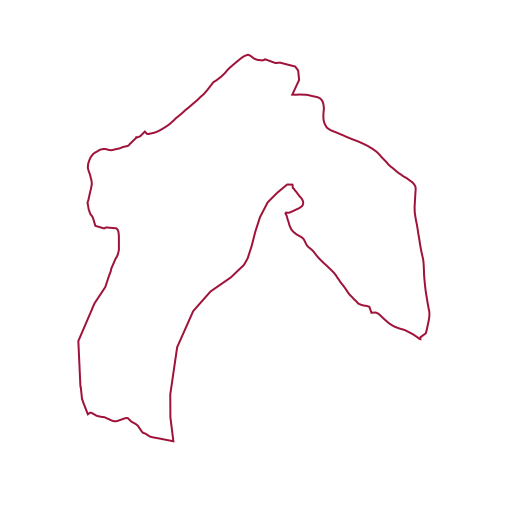 outline of Boguis, Dauphin, Saint Lucia, rotated 190°
{"feature_id": "8701671B63256124601591", "entity_name": "Boguis", "entity_type": "district", "adm_level": 2, "iso_a3": "LCA", "parent_name": "Saint Lucia", "parent_adm1": "Dauphin", "projection": "natural_earth1", "projection_center": [-60.922, 14.016], "detail": "fine", "context": "isolated", "style": "outline", "palette": "rose", "viewbox_px": 512, "rotation_deg": 190, "n_neighbors": 0, "source": "geoboundaries", "source_scale": "gbopen_adm2", "svg_char_len": 6064}
<svg xmlns="http://www.w3.org/2000/svg" viewBox="0 0 512 512"><g transform="rotate(190 256 256)"><path d="M79.7,202.7L80.0,204.5L75.4,209.3L75.2,210.9L75.0,213.3L74.7,223.1L74.8,226.0L75.0,228.1L75.6,231.1L77.1,234.9L78.7,239.2L80.8,245.2L81.7,247.6L82.7,250.6L84.2,255.5L86.3,263.1L87.1,266.2L88.0,270.4L89.0,275.0L90.1,279.4L90.5,280.7L91.0,282.2L93.8,288.8L96.3,295.5L98.0,300.6L100.0,306.0L101.6,310.9L103.0,314.8L104.6,318.8L105.9,322.4L107.3,326.7L108.3,331.6L108.9,336.7L109.5,341.6L110.0,346.1L110.1,347.3L110.3,349.0L110.5,350.1L110.6,350.7L111.0,351.7L111.2,352.2L111.5,352.6L112.6,353.9L113.8,354.9L114.6,355.6L115.0,355.9L116.0,356.2L117.0,356.8L120.8,358.6L121.3,358.9L122.4,359.3L123.4,359.5L123.9,359.7L125.4,360.4L125.9,360.6L127.8,361.6L129.2,362.1L132.3,363.7L133.2,364.3L137.3,366.7L138.5,367.2L138.9,367.5L139.9,368.1L140.8,368.6L142.4,369.8L142.9,370.3L143.9,371.2L145.8,372.5L146.6,373.1L149.4,375.1L149.8,375.4L150.2,375.7L151.4,376.8L153.1,378.0L154.3,378.9L156.0,379.9L159.3,381.5L160.9,382.2L162.7,382.8L164.0,383.4L165.0,383.8L166.6,384.2L167.8,384.6L170.3,385.3L175.9,386.7L180.5,387.5L186.4,388.8L189.1,389.4L191.2,390.0L193.1,390.4L194.6,390.7L197.8,391.5L201.4,392.2L201.8,392.3L202.3,392.4L202.8,392.5L204.5,392.9L205.0,393.1L207.0,394.0L207.9,394.4L208.8,395.0L210.3,396.8L210.9,397.6L211.9,399.1L212.5,400.4L213.1,401.7L213.2,402.1L213.9,405.1L214.2,407.3L214.4,408.8L214.5,410.3L214.6,411.3L214.6,411.7L214.8,413.3L215.0,414.2L215.2,414.8L215.7,416.3L216.2,417.7L216.8,419.0L217.4,419.8L218.0,420.5L218.3,420.9L219.7,422.0L220.1,422.2L220.5,422.4L221.9,422.8L223.2,423.1L224.2,423.2L227.2,423.2L232.0,423.5L233.7,423.5L234.6,423.5L241.1,422.6L242.9,422.2L244.4,421.8L248.3,421.2L244.1,436.9L246.7,446.0L250.3,449.4L259.7,450.1L266.0,450.6L270.3,449.4L281.2,451.3L281.4,450.9L283.4,449.9L283.7,449.7L288.8,449.4L292.2,450.1L293.3,450.7L296.5,452.3L298.9,452.8L301.9,451.1L304.1,449.1L305.7,447.4L311.5,440.6L313.6,438.0L314.8,436.5L315.9,435.0L317.4,432.5L318.6,430.4L319.7,428.9L321.2,426.9L325.3,422.3L327.4,420.5L328.3,419.5L328.6,419.1L329.6,416.9L331.2,414.0L332.7,411.1L335.8,406.0L337.7,403.7L338.3,403.0L339.5,401.2L341.3,398.8L344.4,395.1L348.3,390.3L350.6,387.8L352.1,385.8L354.0,383.3L359.0,377.5L359.7,376.5L360.5,375.3L362.0,373.4L364.6,370.2L367.6,367.3L370.1,365.1L371.5,363.9L374.3,361.7L375.9,360.7L377.5,359.8L378.4,359.4L383.0,357.5L384.5,357.3L387.1,359.2L390.8,353.8L391.7,353.3L393.2,352.4L393.9,352.0L394.5,352.2L394.7,351.3L399.4,344.8L399.7,344.5L399.9,344.1L400.4,343.1L401.0,342.5L401.4,342.2L402.3,341.7L404.5,340.9L406.3,340.0L408.7,338.5L409.5,338.1L410.9,337.5L412.3,337.0L415.2,335.7L415.6,335.5L416.5,335.2L417.0,335.0L417.4,335.0L419.7,334.9L422.2,335.2L423.5,335.1L424.1,335.1L425.1,334.8L426.0,334.4L427.8,333.7L428.2,333.5L430.5,331.4L431.6,330.6L432.4,329.9L433.4,328.9L434.1,328.1L434.3,327.7L434.9,326.7L435.6,325.2L435.9,324.7L436.2,323.6L436.6,322.1L436.8,321.1L437.3,317.7L437.2,316.7L437.1,314.6L436.8,313.3L436.2,312.0L435.2,310.0L434.1,308.2L433.2,306.5L432.4,304.5L431.2,301.9L431.0,301.3L430.4,299.3L430.2,298.4L430.2,297.8L430.2,297.3L430.2,293.0L430.4,291.4L430.8,281.7L431.2,279.4L431.1,279.0L428.7,272.5L428.0,271.4L427.3,270.0L426.4,268.6L425.7,267.8L424.9,267.2L424.2,266.5L423.8,266.1L423.5,265.7L422.4,263.7L419.4,257.8L410.4,256.8L409.7,257.2L408.7,258.1L398.5,259.0L397.6,258.5L396.6,257.6L396.4,257.3L395.9,256.4L395.3,254.7L394.4,251.7L394.6,252.3L392.1,238.4L392.2,235.5L392.3,234.4L392.4,233.3L392.6,232.8L392.8,231.7L392.9,231.2L393.0,230.7L393.3,230.3L393.6,229.8L396.3,218.7L396.4,216.4L396.5,215.1L396.6,214.8L397.5,209.8L398.5,202.9L398.9,200.2L399.0,199.6L399.1,199.1L399.3,198.6L406.7,181.6L407.3,179.4L407.9,176.9L408.4,174.5L416.2,141.4L406.1,96.3L406.1,97.4L402.7,85.7L402.7,85.2L401.5,83.3L400.6,81.6L394.1,70.9L393.5,71.5L392.6,72.5L392.2,72.8L391.9,72.9L391.5,73.0L391.0,73.0L390.2,72.8L388.1,72.0L387.5,71.9L386.0,71.2L385.0,71.0L384.5,70.9L382.1,70.8L380.6,70.7L379.1,70.8L378.6,70.9L377.2,70.9L376.6,70.8L374.6,70.2L372.3,69.7L370.8,69.2L368.9,68.8L367.9,68.7L366.6,68.7L365.8,68.8L365.0,69.0L363.8,69.5L359.4,72.0L357.5,73.1L356.7,73.5L355.3,74.0L354.8,74.0L354.3,74.0L353.8,73.9L352.1,72.7L350.7,71.7L349.8,71.2L349.4,71.0L347.4,70.4L345.7,69.8L344.8,69.4L343.5,68.7L342.8,68.2L342.1,67.5L339.7,65.1L338.2,63.5L337.4,62.8L337.0,62.5L336.6,62.3L336.2,62.2L333.8,61.8L333.0,61.4L330.5,60.3L329.5,59.9L328.4,59.7L328.1,59.7L327.6,59.6L325.2,59.5L322.1,59.5L319.9,59.5L305.2,59.2L312.3,82.3L316.4,104.7L317.8,152.5L308.3,190.8L294.6,213.2L276.9,230.7L266.3,245.2L263.8,252.3L262.0,265.3L260.9,279.9L258.8,295.0L253.8,310.9L245.9,322.2L237.7,331.8L232.5,332.6L232.1,331.6L231.6,329.5L230.0,328.4L228.5,326.9L227.6,326.3L224.7,323.5L223.2,322.2L222.4,321.5L221.6,321.0L220.9,320.3L219.6,318.7L219.1,317.7L218.8,316.7L218.7,315.6L218.8,314.5L219.1,313.5L219.8,312.6L221.2,311.2L221.9,310.5L224.4,308.8L228.5,305.9L230.2,304.8L231.1,304.3L232.9,304.0L233.9,304.0L234.4,303.1L234.2,302.7L232.8,301.0L231.5,298.1L229.7,294.8L228.2,291.7L226.2,288.8L225.9,288.4L225.5,288.0L224.7,287.3L223.1,286.1L222.6,285.8L222.2,285.6L221.7,285.4L220.9,284.9L220.4,284.6L219.0,284.0L218.1,283.7L217.6,283.5L216.3,283.1L214.2,282.3L213.4,281.9L212.6,281.3L211.8,280.7L211.5,280.3L210.9,279.5L209.2,277.2L208.7,276.4L207.7,275.3L206.9,274.6L205.7,273.8L202.3,271.9L201.1,271.1L199.4,269.7L196.8,267.3L194.9,265.7L192.4,263.8L188.2,260.9L185.9,259.5L180.8,256.1L177.7,254.0L176.0,252.7L173.6,250.5L172.2,248.9L169.9,246.7L168.5,245.1L168.1,244.7L165.1,242.1L164.0,241.1L160.6,237.7L159.5,236.5L157.8,234.8L157.0,234.1L156.6,233.8L154.8,232.6L154.0,232.0L151.6,230.2L149.8,229.1L149.0,228.5L147.0,226.9L143.5,226.1L140.3,225.9L138.8,226.1L136.0,225.7L135.6,225.7L132.4,220.1L131.4,220.5L128.2,221.1L126.4,220.7L125.6,220.4L124.2,219.7L120.8,217.4L117.3,215.2L115.0,213.8L112.8,212.6L109.5,211.2L107.0,210.4L105.4,210.1L102.2,209.5L98.1,209.1L95.8,208.7L92.7,207.7L89.8,206.8L87.1,205.9L82.6,203.8L81.0,202.9L79.7,202.7Z" fill="none" stroke="#9f1239" stroke-width="2"/></g></svg>